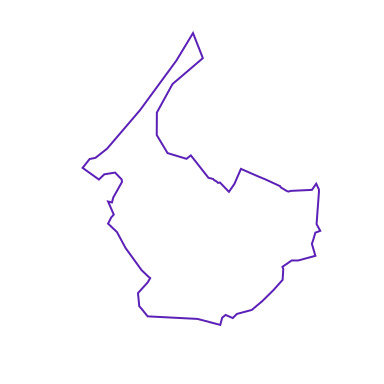 the district of Queens, New York, United States of America, rotated 146°
{"feature_id": "52423323B86897144494159", "entity_name": "Queens", "entity_type": "district", "adm_level": 2, "iso_a3": "USA", "parent_name": "United States of America", "parent_adm1": "New York", "projection": "robinson", "projection_center": [-73.836, 40.674], "detail": "fine", "context": "isolated", "style": "outline", "palette": "violet", "viewbox_px": 384, "rotation_deg": 146, "n_neighbors": 0, "source": "geoboundaries", "source_scale": "gbopen_adm2", "svg_char_len": 1089}
<svg xmlns="http://www.w3.org/2000/svg" viewBox="0 0 384 384"><g transform="rotate(146 192 192)"><path d="M125.4,70.1L121.6,82.0L118.4,84.4L112.5,89.3L107.4,88.1L106.7,95.7L86.3,121.6L85.3,123.4L84.4,129.4L91.4,126.7L109.5,137.7L111.7,138.4L112.8,139.7L115.8,146.1L115.7,147.6L116.7,149.1L117.0,149.7L124.1,161.4L128.4,167.9L138.5,183.8L152.3,175.0L161.3,171.5L163.5,184.2L165.3,185.0L165.7,186.8L167.0,189.5L167.3,191.1L170.4,194.5L172.5,223.0L178.0,222.6L190.5,237.9L189.4,258.9L176.7,277.5L147.8,292.4L108.2,296.9L107.6,299.3L102.3,323.2L131.4,309.7L189.4,288.9L238.2,275.4L253.0,274.3L258.4,276.6L269.2,273.2L262.2,254.4L254.8,255.7L244.9,251.1L243.3,241.8L244.4,239.5L260.3,231.5L264.2,228.1L266.9,231.0L269.5,217.0L273.2,216.1L279.3,212.7L276.6,200.8L278.4,182.9L277.5,155.4L275.7,147.0L274.8,144.0L279.4,141.8L293.3,138.4L299.6,126.8L299.1,123.0L298.3,113.7L258.4,83.7L242.9,66.0L237.3,70.9L232.9,71.3L228.7,64.7L222.9,65.8L208.4,60.8L195.0,62.2L179.4,65.1L166.0,68.5L159.4,77.1L158.9,79.4L147.7,79.5L142.1,75.8L125.4,70.1Z" fill="none" stroke="#5b21b6" stroke-width="2"/></g></svg>